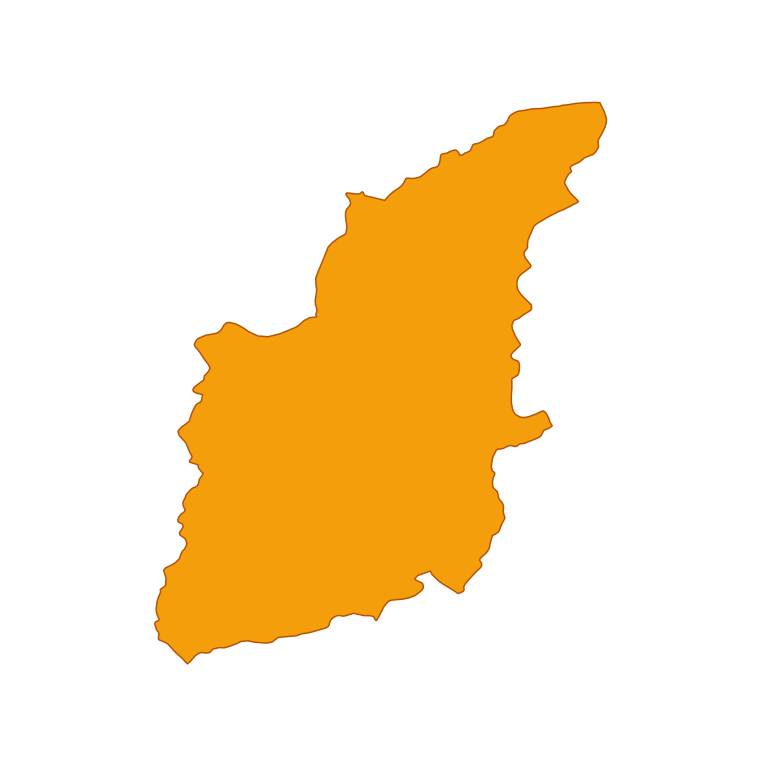 Khanh Son, Khánh Hòa, Vietnam (Natural Earth projection), rotated 74°
{"feature_id": "81297802B29051358194838", "entity_name": "Khanh Son", "entity_type": "district", "adm_level": 2, "iso_a3": "VNM", "parent_name": "Vietnam", "parent_adm1": "Khánh Hòa", "projection": "natural_earth1", "projection_center": [108.898, 12.037], "detail": "fine", "context": "isolated", "style": "filled", "palette": "amber", "viewbox_px": 768, "rotation_deg": 74, "n_neighbors": 0, "source": "geoboundaries", "source_scale": "gbopen_adm2", "svg_char_len": 6165}
<svg xmlns="http://www.w3.org/2000/svg" viewBox="0 0 768 768"><g transform="rotate(74 384 384)"><path d="M598.8,650.0L597.3,646.7L592.8,639.7L592.0,636.7L591.7,634.5L592.1,632.7L593.6,629.2L594.0,626.9L594.0,625.7L593.4,624.1L592.2,622.6L591.7,621.3L591.9,615.3L593.6,610.1L593.6,605.0L592.8,595.8L592.1,592.8L593.2,586.0L596.6,579.3L599.0,573.0L600.6,568.4L601.2,564.0L601.1,562.4L598.6,556.1L598.7,553.8L601.9,537.7L601.5,531.3L602.3,526.4L602.5,521.5L602.5,508.9L602.3,506.3L601.7,504.7L600.7,503.3L598.4,502.0L596.1,500.0L595.1,498.4L594.2,495.8L593.8,493.0L594.2,490.7L595.8,487.5L596.2,485.0L596.0,477.5L596.5,475.5L601.1,467.1L602.6,462.0L604.1,458.9L605.7,457.7L607.8,457.6L609.2,456.8L609.2,456.4L608.3,455.2L606.8,454.0L605.6,452.5L598.4,445.9L595.1,441.5L594.0,438.8L593.8,437.1L594.7,431.6L595.9,425.8L596.5,419.3L595.7,411.8L593.8,406.9L592.1,403.6L590.2,402.1L586.9,401.8L585.4,402.6L583.1,405.4L580.9,407.7L579.8,408.2L577.4,404.4L576.6,391.6L576.9,391.0L580.7,390.2L588.3,385.8L592.6,382.4L602.8,373.0L605.1,371.3L605.8,370.5L605.8,368.4L605.2,365.3L604.4,364.1L603.3,363.6L600.8,363.2L598.2,360.6L595.2,356.0L590.8,348.8L589.2,346.0L587.3,342.1L585.7,340.3L583.3,339.6L579.7,340.7L578.0,339.4L574.4,332.0L573.2,330.4L570.8,328.1L565.3,325.2L559.5,321.5L558.8,317.5L558.0,315.4L556.9,313.8L551.4,309.7L546.9,305.3L546.0,304.7L541.6,304.8L538.8,304.4L535.1,302.9L532.2,302.8L529.9,303.4L527.3,304.7L524.8,305.2L519.1,304.7L516.7,305.8L514.5,307.3L511.8,307.6L507.8,306.6L504.8,305.2L501.0,302.3L500.1,302.1L499.2,302.4L497.5,303.8L493.0,303.7L487.0,301.0L483.8,299.2L479.2,294.9L477.9,292.7L478.4,291.3L478.8,287.1L477.9,282.4L477.8,280.1L478.6,278.0L480.0,275.8L480.4,273.8L479.1,270.2L479.1,268.8L479.7,266.7L479.7,265.1L478.3,251.0L477.9,249.4L476.8,247.1L473.0,243.6L472.4,242.3L472.0,237.5L470.5,233.8L466.2,235.0L462.5,235.1L458.5,235.8L455.8,236.6L454.4,237.7L453.6,238.9L453.8,240.8L454.7,246.1L455.3,253.1L455.1,257.4L453.8,261.6L450.2,265.5L448.0,266.7L444.9,267.3L441.0,267.2L436.2,266.5L430.8,265.0L423.2,262.2L414.9,259.9L414.2,259.3L413.7,258.2L413.0,254.9L412.3,253.0L410.9,251.6L406.8,249.7L403.6,248.6L400.9,248.4L399.4,248.7L398.1,249.8L396.3,252.6L394.6,253.7L393.4,254.2L391.9,254.2L390.7,253.7L388.8,251.0L384.8,243.1L384.1,242.1L383.0,242.0L377.3,243.8L370.9,245.0L366.1,245.4L362.8,244.9L358.7,241.8L358.0,236.3L355.8,230.7L353.6,222.7L352.4,221.5L350.1,220.8L348.2,220.7L339.6,225.7L335.1,227.9L330.3,229.4L326.8,229.2L323.0,228.3L319.5,226.2L317.7,224.4L316.5,222.2L314.6,217.7L312.7,212.4L311.9,211.0L310.7,210.1L309.8,210.3L302.2,213.3L299.0,213.7L296.5,213.3L295.4,212.5L293.1,209.0L292.3,208.4L288.8,207.4L285.2,205.8L274.8,197.4L273.5,196.1L271.9,192.6L268.7,180.6L266.5,169.7L265.7,162.9L262.9,148.4L262.3,146.8L260.2,147.6L257.7,149.1L251.5,152.4L248.3,153.4L241.4,154.9L239.9,154.8L238.7,154.0L235.7,151.5L232.9,148.3L231.7,145.3L228.3,145.6L226.6,145.0L225.6,142.2L225.2,138.7L224.4,134.6L221.9,129.2L221.1,122.5L221.1,120.1L219.2,116.5L216.1,113.1L214.8,112.3L209.9,111.4L207.8,110.1L202.9,105.1L198.2,100.9L194.0,98.2L191.0,97.2L188.2,97.0L183.3,97.2L173.0,99.0L171.1,104.9L170.3,108.5L169.2,112.3L167.2,122.3L165.8,133.3L165.3,135.1L165.3,139.0L164.3,143.6L162.7,156.2L160.9,163.4L160.2,167.4L159.8,172.9L158.8,179.5L158.8,181.6L160.2,187.5L161.2,189.3L162.7,190.9L164.9,192.6L167.0,195.2L168.2,197.2L168.1,201.6L168.3,203.2L170.7,207.8L171.7,208.7L173.9,209.4L175.6,210.7L176.2,212.2L176.4,217.6L177.7,221.9L178.5,225.7L178.6,228.0L178.2,231.6L178.9,233.0L181.3,234.8L183.3,236.8L183.9,238.2L184.5,243.0L185.4,245.0L185.4,246.8L185.1,247.4L184.3,248.1L182.3,248.5L180.1,249.4L179.2,250.2L178.6,251.4L178.5,252.6L178.7,256.3L179.4,260.0L179.0,264.9L179.2,265.7L180.1,266.6L184.9,268.7L187.6,270.3L189.0,271.5L189.5,272.5L189.8,273.8L189.7,278.4L190.0,280.0L190.8,282.3L192.3,285.6L194.2,290.2L194.9,293.3L195.0,295.0L194.5,299.2L192.5,305.2L192.7,306.4L196.5,310.0L198.3,312.5L199.6,315.6L201.9,322.4L204.3,327.4L207.7,332.8L202.8,341.2L198.6,348.9L197.2,350.8L193.7,351.4L193.3,352.1L194.4,354.6L194.3,356.2L193.3,359.4L190.2,366.6L190.4,367.7L191.0,368.2L192.4,368.2L196.3,366.4L200.0,366.2L201.6,366.6L203.0,367.7L205.7,371.7L208.2,373.5L212.0,374.8L223.1,376.4L228.9,379.2L229.7,381.5L229.8,381.1L230.4,384.9L231.0,387.5L234.0,395.0L236.2,398.8L237.6,400.5L242.2,403.9L259.2,417.4L263.5,420.5L269.4,421.9L274.5,422.7L277.2,423.6L284.7,427.1L288.9,428.0L291.9,427.8L294.8,428.2L296.4,428.9L298.1,430.3L300.8,430.3L300.9,431.4L300.2,434.3L299.8,437.3L300.9,443.1L304.1,449.7L305.2,453.5L306.0,460.5L307.1,470.9L306.6,482.5L303.1,491.9L299.2,496.6L295.7,500.3L292.2,503.0L288.8,506.2L285.4,509.9L282.1,515.8L281.8,518.4L283.2,521.6L287.1,525.7L288.5,528.4L289.1,531.4L288.0,542.0L289.0,549.9L289.9,552.0L292.4,554.5L293.6,555.4L295.8,555.4L302.2,552.5L310.3,550.0L316.3,547.7L319.6,546.9L321.0,547.1L321.9,547.8L323.5,549.3L325.5,552.2L326.6,554.4L327.2,554.8L328.1,554.9L330.5,556.3L334.2,566.1L335.8,568.5L337.4,569.4L338.6,569.2L340.5,567.6L344.2,561.5L344.7,561.5L349.2,563.8L350.8,565.2L351.2,567.9L352.5,570.8L355.1,573.4L360.2,577.7L365.7,581.1L367.1,583.6L369.3,589.9L371.5,593.6L372.7,595.0L374.6,595.2L377.5,594.9L386.2,590.6L394.2,589.8L400.3,588.6L401.4,588.6L404.5,592.3L405.6,592.3L409.6,586.2L410.7,584.9L413.4,585.5L415.4,584.9L420.1,582.6L421.9,584.2L424.7,587.8L429.0,590.1L430.7,592.3L431.1,594.0L431.3,596.9L432.7,599.8L435.8,604.6L439.4,607.2L440.2,608.2L442.5,610.0L445.5,610.5L448.5,610.2L450.1,609.7L451.8,611.3L453.1,614.9L455.3,617.8L457.3,619.4L458.8,619.9L460.1,619.7L463.1,616.3L464.9,616.2L466.0,616.5L468.2,618.7L470.1,621.3L472.0,621.9L473.2,621.5L477.7,617.9L480.7,617.4L482.9,617.4L484.7,618.5L487.7,621.2L489.4,624.2L492.1,626.5L495.2,628.6L496.0,629.6L498.1,633.6L499.3,637.4L500.6,644.9L502.0,646.9L503.9,647.2L510.4,647.0L517.3,649.4L518.4,651.5L519.8,655.6L522.7,656.3L528.2,660.6L531.1,662.3L537.8,665.2L541.7,665.8L548.3,665.1L549.2,665.8L549.7,669.1L551.3,670.5L557.5,670.4L560.8,669.1L562.9,669.5L565.6,670.8L567.1,671.0L568.1,670.6L572.0,665.6L574.3,663.4L584.4,658.5L592.2,653.5L597.6,650.9L598.8,650.0Z" fill="#f59e0b" stroke="#b45309" stroke-width="1.5"/></g></svg>